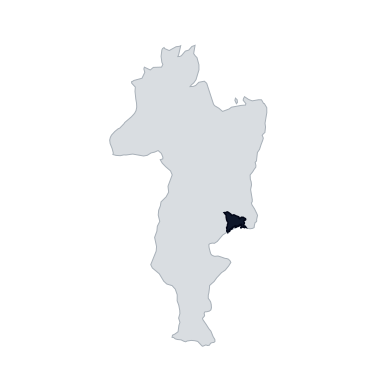 Kim Hyong Jik, Ryanggang, North Korea (highlighted), rotated 137°
{"feature_id": "82179303B57298285068990", "entity_name": "Kim Hyong Jik", "entity_type": "district", "adm_level": 2, "iso_a3": "PRK", "parent_name": "North Korea", "parent_adm1": "Ryanggang", "projection": "equal_earth", "projection_center": [127.249, 41.385], "detail": "fine", "context": "in_parent", "style": "filled", "palette": "ink", "viewbox_px": 384, "rotation_deg": 137, "n_neighbors": 0, "source": "geoboundaries", "source_scale": "gbopen_adm2", "svg_char_len": 6442}
<svg xmlns="http://www.w3.org/2000/svg" viewBox="0 0 384 384"><g transform="rotate(137 192 192)"><path d="M224.3,273.4L223.0,274.1L220.8,278.2L218.8,283.3L216.8,286.1L214.5,287.6L212.1,288.5L207.2,288.9L202.8,288.6L201.4,288.0L195.3,288.3L193.6,288.7L184.9,288.3L180.3,288.7L177.4,289.7L174.5,291.8L171.9,294.9L169.7,298.3L165.1,304.4L161.9,307.4L161.9,311.7L161.8,313.0L160.7,313.9L160.3,313.5L158.4,313.2L151.0,309.3L144.9,311.7L143.3,314.8L141.7,315.8L139.3,309.7L135.3,309.5L129.1,304.1L126.3,305.2L125.6,307.4L122.1,312.3L117.2,316.4L115.7,317.0L113.9,316.7L114.2,315.6L112.2,311.0L104.6,309.1L101.8,307.1L100.5,306.7L108.0,301.6L110.0,300.7L108.5,299.5L106.9,298.9L100.8,299.6L97.6,298.0L92.9,298.5L89.7,297.2L96.4,292.1L96.8,289.2L96.7,286.9L100.2,280.3L103.6,276.6L112.5,271.4L116.4,270.6L119.2,270.8L121.5,270.4L119.1,268.4L116.7,267.4L112.2,267.6L107.4,264.6L107.1,261.5L116.4,241.5L116.6,239.7L115.2,234.9L114.7,230.1L108.2,227.4L105.3,227.1L97.0,221.8L93.6,219.1L92.3,219.9L92.0,224.2L90.8,225.1L88.6,225.9L87.5,221.1L85.8,217.6L80.3,214.0L78.3,212.0L79.3,207.8L78.8,207.4L79.8,202.7L83.2,199.0L91.7,192.5L93.9,189.4L98.1,185.8L100.1,185.9L102.0,185.6L102.6,184.0L103.1,182.8L104.8,181.7L108.9,179.7L113.6,177.1L117.2,176.3L121.8,172.4L123.7,170.7L125.5,170.7L126.0,169.9L127.1,167.9L128.5,166.6L130.5,166.3L133.8,165.4L137.9,164.8L140.7,161.5L141.7,159.2L143.6,156.6L147.5,153.8L150.2,149.7L153.2,145.2L154.6,143.8L156.0,143.5L156.9,141.8L157.8,137.0L159.2,132.4L160.0,130.2L163.5,127.8L164.4,126.7L165.1,126.3L166.7,126.6L168.9,125.2L170.9,123.6L172.7,124.2L174.6,125.5L176.5,128.0L177.4,130.1L178.9,131.8L179.2,134.2L180.7,135.3L184.0,135.9L189.4,137.6L192.8,137.7L194.8,138.9L198.9,139.6L207.2,138.6L210.6,139.2L212.0,140.8L214.1,142.0L215.5,142.1L217.3,139.9L219.2,136.5L220.5,133.9L220.5,131.8L219.3,129.5L216.6,127.4L214.8,124.2L213.1,120.9L212.1,119.8L211.2,118.1L211.1,115.7L211.6,114.0L215.7,112.9L221.0,112.2L225.3,112.9L232.4,112.4L236.8,111.5L240.0,111.6L243.0,111.6L244.3,110.2L248.4,106.8L250.4,105.5L252.6,103.2L252.9,100.8L253.4,98.8L254.6,96.7L256.7,94.1L258.6,92.9L260.6,93.1L262.8,94.3L264.2,95.5L265.8,95.1L267.0,93.1L267.9,92.7L270.4,92.5L271.1,91.3L272.0,85.3L272.9,80.6L273.1,77.3L275.2,71.8L275.9,68.5L277.2,67.0L278.7,67.1L280.0,68.1L281.6,68.7L283.7,68.1L285.2,69.0L286.2,70.7L289.4,71.9L289.7,72.8L289.7,78.8L291.5,81.5L293.8,84.0L297.1,86.3L298.8,86.8L299.8,88.5L300.8,91.3L303.2,94.0L304.4,96.0L304.7,98.1L305.7,99.3L303.9,100.6L301.5,99.8L297.5,99.3L292.5,103.4L289.7,104.9L287.8,108.9L283.8,111.3L281.7,113.8L278.9,118.2L277.1,122.5L272.9,126.9L270.5,132.3L270.4,137.1L273.2,141.9L273.5,146.0L271.7,154.5L272.8,163.5L271.7,167.0L258.5,173.2L255.1,176.3L250.3,184.3L244.4,187.3L240.7,190.6L235.6,192.5L232.4,198.2L228.8,201.4L224.6,203.4L221.4,205.9L214.2,206.1L209.2,207.8L205.6,212.6L194.8,218.0L193.3,222.1L194.0,228.4L194.1,233.3L193.2,237.3L190.8,236.1L189.5,237.4L188.1,241.1L188.5,245.4L192.2,246.7L195.3,248.5L199.6,249.3L202.8,251.3L209.5,260.2L215.1,264.1L216.5,265.6L219.7,267.5L222.6,270.6L224.3,273.4ZM98.2,229.7L96.2,231.0L96.1,228.6L97.7,226.5L99.3,226.3L98.2,229.7Z" fill="#d9dde1" stroke="#a8b0b8" stroke-width="1"/><path d="M181.1,153.8L181.4,154.0L181.6,154.2L182.0,154.6L182.6,155.0L182.8,153.0L182.8,152.3L182.9,151.6L184.1,150.4L185.6,148.1L186.0,147.1L186.3,146.2L186.3,145.7L186.5,144.9L187.0,144.5L187.7,144.3L188.4,143.9L189.1,143.2L190.1,142.3L190.7,142.6L191.2,142.1L191.8,141.1L192.1,140.4L192.3,140.1L192.9,140.1L193.3,139.6L193.4,139.0L193.3,138.7L193.3,138.4L193.4,138.0L193.2,138.1L193.2,138.3L192.9,138.4L192.7,138.4L192.4,138.3L192.3,138.2L192.2,138.1L191.9,138.0L191.7,138.2L191.4,138.3L191.2,138.3L191.2,138.2L191.3,137.9L191.2,137.8L191.2,137.7L190.9,137.8L190.8,138.0L190.7,138.0L190.8,138.4L190.9,138.5L190.7,138.7L190.5,138.8L190.2,138.8L190.0,138.7L189.9,138.7L189.7,138.6L189.4,138.6L189.2,138.8L188.9,138.9L188.7,138.7L188.6,138.4L188.6,138.1L188.5,137.9L188.4,137.8L188.1,137.8L187.9,137.8L187.7,137.9L187.3,137.9L187.2,137.9L187.0,138.0L187.1,138.3L187.1,138.5L186.7,138.7L186.4,138.5L186.1,138.4L185.9,138.2L185.7,138.2L185.4,137.9L185.2,137.9L184.9,137.7L184.7,137.6L184.4,137.6L184.2,137.8L183.6,137.9L183.4,137.9L183.2,137.7L183.2,137.4L183.3,137.4L183.7,137.2L184.0,137.2L184.3,137.0L184.4,136.9L184.4,136.7L184.3,136.4L184.2,136.3L184.1,136.2L183.9,136.2L183.8,136.3L183.7,136.3L183.5,136.5L183.3,136.6L183.2,136.7L183.1,136.9L182.9,136.9L182.7,136.7L182.5,136.4L182.6,136.2L182.7,135.9L182.4,135.8L182.1,136.0L181.9,136.0L181.7,135.9L181.7,135.7L181.8,135.5L181.8,135.4L181.7,135.3L181.4,135.3L181.3,135.5L181.2,135.6L180.9,135.7L180.6,135.7L180.4,135.5L180.4,135.3L180.3,135.2L180.2,134.9L179.9,135.0L179.6,135.3L179.5,135.5L179.4,135.6L179.2,135.6L179.1,135.4L179.3,135.2L179.2,135.0L179.1,134.9L179.0,135.0L178.9,135.0L178.7,135.0L178.4,135.1L178.2,135.1L177.9,134.8L177.8,134.7L177.8,134.4L178.1,134.4L178.3,134.5L178.5,134.5L178.5,134.4L178.4,134.3L178.4,134.2L178.5,133.9L178.7,133.7L179.2,133.7L179.3,133.6L179.3,133.3L179.2,133.2L179.3,133.1L179.5,132.8L179.9,132.8L180.0,132.8L180.3,132.8L180.6,132.8L180.7,132.7L180.7,132.4L180.4,132.3L180.3,132.2L180.1,132.2L179.9,132.3L179.8,132.2L179.7,132.2L179.5,132.3L179.4,132.3L179.2,132.3L178.9,132.3L178.6,132.1L178.5,131.9L178.6,131.7L178.6,131.4L178.6,131.2L178.4,131.0L178.1,131.2L177.9,131.3L177.6,131.1L177.4,131.1L177.4,130.9L177.5,130.8L177.8,130.7L178.0,130.4L178.0,130.2L177.9,130.1L177.7,130.0L177.4,130.2L177.2,130.2L176.9,130.1L176.8,129.9L176.7,129.6L176.6,129.4L176.4,130.7L176.6,130.9L176.8,131.3L176.9,131.8L176.9,132.1L176.9,132.3L176.8,132.5L176.6,132.7L176.1,133.0L175.4,133.2L174.9,133.5L174.7,133.7L174.6,134.2L174.4,134.9L174.3,135.1L174.2,135.3L174.0,135.5L173.7,135.5L173.2,135.5L172.3,135.2L172.0,135.1L171.8,135.1L171.5,135.3L171.3,135.5L171.2,135.7L171.1,135.9L171.1,136.2L171.2,136.4L171.5,137.1L171.7,138.3L171.8,138.5L172.0,138.8L172.5,139.2L172.8,139.6L173.1,139.8L173.3,139.9L173.8,139.9L174.7,139.8L175.2,139.9L175.5,140.1L175.5,140.4L174.9,141.3L174.8,141.8L174.9,142.2L175.0,142.5L175.2,142.9L175.5,143.4L176.0,144.3L176.5,145.7L176.6,146.0L176.8,146.5L177.4,147.1L177.8,147.3L178.8,147.6L179.1,147.8L179.2,148.0L179.1,148.5L178.8,148.7L178.8,148.9L178.7,149.2L178.7,149.6L178.9,150.1L178.9,150.4L179.1,151.3L179.2,152.0L179.5,152.9L179.6,153.2L180.1,153.6L180.4,153.7L180.9,153.7L181.1,153.8Z" fill="#0f172a" stroke="#020617" stroke-width="1.5"/></g></svg>